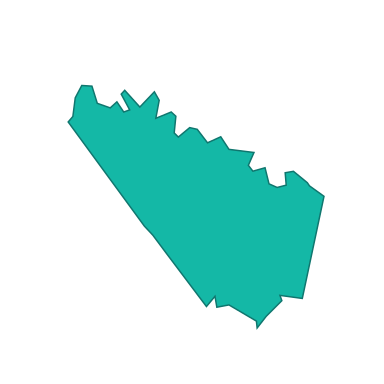 outline of Woodford, Kentucky, United States of America, rotated 129°
{"feature_id": "52423323B53246726964518", "entity_name": "Woodford", "entity_type": "district", "adm_level": 2, "iso_a3": "USA", "parent_name": "United States of America", "parent_adm1": "Kentucky", "projection": "equal_earth", "projection_center": [-84.767, 38.022], "detail": "fine", "context": "isolated", "style": "filled", "palette": "teal", "viewbox_px": 384, "rotation_deg": 129, "n_neighbors": 0, "source": "geoboundaries", "source_scale": "gbopen_adm2", "svg_char_len": 786}
<svg xmlns="http://www.w3.org/2000/svg" viewBox="0 0 384 384"><g transform="rotate(129 192 192)"><path d="M205.3,39.3L112.3,86.7L113.3,104.6L112.2,108.2L112.1,126.2L118.4,131.7L127.4,123.1L134.9,128.7L137.2,137.3L127.2,150.5L137.5,157.8L135.8,165.0L122.3,168.7L135.6,190.1L131.0,204.4L144.0,210.9L140.0,227.4L143.4,234.3L157.9,237.2L157.3,243.0L143.3,252.2L142.9,258.5L157.5,266.5L141.4,275.2L137.8,284.3L158.8,286.0L155.3,308.3L160.5,308.6L167.4,292.1L172.8,295.4L169.2,307.1L178.1,308.5L182.7,321.4L172.7,336.4L178.6,344.7L192.3,342.0L208.3,332.1L215.5,332.3L248.5,207.5L250.2,195.3L255.9,172.9L269.3,119.2L271.9,108.7L258.6,108.5L265.9,100.2L256.5,92.2L251.8,60.7L256.7,55.8L241.9,56.1L219.9,53.8L217.0,58.6L205.3,39.3Z" fill="#14b8a6" stroke="#0f766e" stroke-width="1.5"/></g></svg>